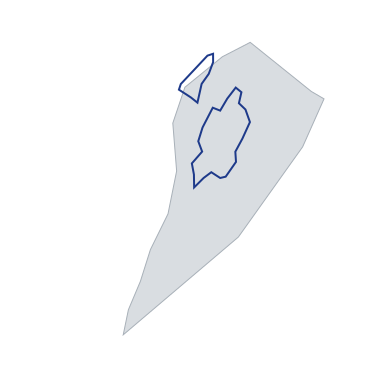 location of Triesenberg within Liechtenstein, rotated 213°
{"feature_id": "LIE-4892", "entity_name": "Triesenberg", "entity_type": "state/province", "adm_level": 1, "iso_a3": "LIE", "parent_name": "Liechtenstein", "parent_adm1": "", "projection": "mercator", "projection_center": [9.569, 47.119], "detail": "fine", "context": "in_parent", "style": "outline", "palette": "blue", "viewbox_px": 384, "rotation_deg": 213, "n_neighbors": 0, "source": "natural_earth", "source_scale": "10m", "svg_char_len": 790}
<svg xmlns="http://www.w3.org/2000/svg" viewBox="0 0 384 384"><g transform="rotate(213 192 192)"><path d="M224.7,349.2L146.7,341.3L132.0,342.0L123.8,290.1L128.6,179.5L171.9,34.8L181.2,58.6L186.6,88.9L195.5,121.1L200.2,160.6L216.3,201.2L245.6,239.3L255.0,276.0L240.2,322.0L224.7,349.2Z" fill="#d9dde1" stroke="#a8b0b8" stroke-width="1"/><path d="M204.9,302.6L201.0,292.0L192.1,290.3L181.5,282.2L178.8,264.2L177.6,249.4L171.5,241.2L172.1,223.2L176.0,219.1L186.6,219.1L189.9,210.1L192.7,197.0L199.9,207.7L207.7,215.9L205.5,231.4L214.4,238.0L218.3,251.9L220.5,274.0L212.7,275.6L213.3,289.5L212.2,303.4L204.9,302.6ZM258.7,270.7L260.2,276.5L253.3,314.8L249.6,319.4L245.0,312.4L242.3,300.2L242.8,287.9L236.1,269.9L244.5,270.7L258.7,270.7Z" fill="none" stroke="#1e3a8a" stroke-width="2"/></g></svg>